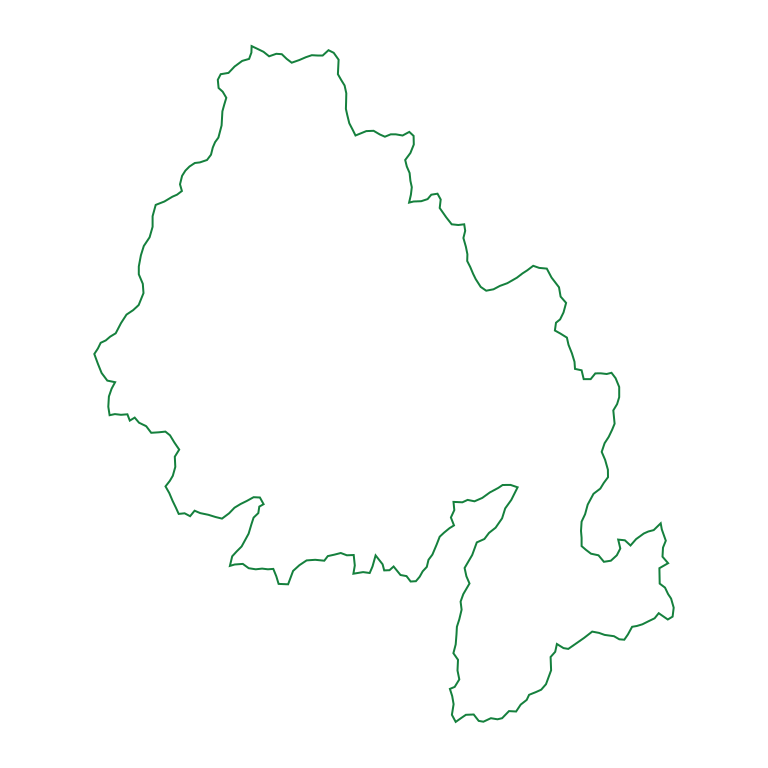 São Luiz do Paraitinga, São Paulo, Brazil
{"feature_id": "56859067B61119921989144", "entity_name": "São Luiz do Paraitinga", "entity_type": "district", "adm_level": 2, "iso_a3": "BRA", "parent_name": "Brazil", "parent_adm1": "São Paulo", "projection": "equal_earth", "projection_center": [-45.237, -23.241], "detail": "fine", "context": "isolated", "style": "outline", "palette": "green", "viewbox_px": 768, "rotation_deg": 0, "n_neighbors": 0, "source": "geoboundaries", "source_scale": "gbopen_adm2", "svg_char_len": 4510}
<svg xmlns="http://www.w3.org/2000/svg" viewBox="0 0 768 768"><path d="M546.8,268.6L539.2,267.9L533.2,265.8L527.3,270.3L522.5,273.4L516.9,277.7L507.3,283.2L499.9,285.9L493.5,289.3L486.2,290.7L480.7,286.9L475.7,279.1L473.1,273.8L470.2,266.9L467.2,261.0L467.4,254.3L465.9,246.8L463.4,238.0L465.2,230.8L464.2,224.3L458.3,225.0L451.7,224.3L446.2,217.3L439.7,208.0L440.7,199.5L437.5,193.7L431.3,194.7L427.6,199.1L421.2,201.2L413.6,201.5L409.1,202.6L410.9,194.7L411.8,187.2L410.4,180.8L409.6,173.0L406.8,166.5L405.2,160.0L410.4,153.0L413.8,144.5L413.6,135.9L409.3,131.9L402.6,135.5L395.6,134.3L390.8,134.3L384.9,136.7L379.9,134.5L373.6,130.8L366.3,131.1L355.5,135.5L352.9,130.2L349.3,123.3L347.3,115.2L345.9,108.9L346.1,102.2L346.3,93.3L344.6,85.5L341.2,80.0L337.9,74.2L338.6,59.7L333.7,52.8L328.5,50.2L322.7,55.5L317.4,55.5L311.8,55.2L305.9,57.2L299.4,60.0L291.7,62.7L286.7,58.9L281.8,54.2L276.3,53.8L269.1,56.3L263.5,51.8L256.7,48.5L251.6,46.1L251.4,52.6L249.1,58.9L242.2,60.9L234.6,66.5L228.5,72.9L220.7,74.2L217.8,79.8L218.6,88.0L222.7,91.7L226.3,97.8L224.2,104.8L222.4,111.3L221.6,125.4L218.4,137.6L215.1,142.1L212.8,147.5L211.0,154.7L207.0,160.0L199.9,162.4L194.8,163.0L189.5,166.5L185.4,170.6L182.1,175.8L180.0,184.3L181.9,191.0L177.0,194.7L172.4,196.7L164.4,201.5L155.7,204.9L152.6,216.2L152.6,226.8L149.6,237.3L143.8,246.0L140.9,255.3L138.8,266.5L138.8,274.3L142.8,283.8L143.5,293.1L138.7,305.0L133.2,310.1L126.5,314.6L121.0,323.1L115.7,333.3L110.1,336.7L105.8,340.4L100.7,342.8L97.9,348.5L94.3,354.0L97.9,363.8L101.6,373.0L107.3,380.6L115.1,382.2L111.6,388.7L108.9,396.5L108.3,406.7L109.6,415.2L114.9,414.1L121.0,414.8L127.4,414.3L129.8,420.6L134.7,417.6L139.0,422.7L146.2,426.2L151.2,432.8L158.8,432.3L165.4,431.6L170.0,435.3L174.3,442.4L179.2,449.6L174.8,456.7L175.3,466.9L172.8,475.8L169.8,480.9L165.5,486.4L169.3,493.1L172.6,500.9L175.9,507.7L178.7,513.9L184.6,513.3L190.1,516.2L194.6,510.7L200.2,513.1L208.4,514.8L215.5,517.0L222.0,518.6L229.1,513.3L234.5,507.7L240.6,504.0L246.9,500.9L253.6,497.2L259.9,497.5L263.6,504.2L259.3,506.6L258.3,513.1L253.6,517.6L251.5,524.0L248.6,533.7L241.6,546.5L236.6,551.5L232.2,556.3L229.9,565.9L234.7,564.5L242.8,563.9L248.7,568.2L255.7,569.3L262.1,568.6L267.9,569.3L273.3,568.9L276.3,576.3L278.6,583.9L288.1,584.3L293.1,570.9L299.4,565.2L306.6,560.4L315.2,559.8L324.3,560.7L327.8,556.1L334.6,554.6L340.8,553.0L346.9,555.3L353.7,555.0L354.8,565.5L353.4,573.7L363.1,572.1L369.7,573.0L372.5,566.5L375.6,555.4L382.6,564.3L384.2,570.4L389.5,570.2L393.6,566.5L400.5,575.0L406.5,576.1L410.6,581.5L415.9,581.2L419.7,576.7L422.7,571.3L426.8,566.9L428.5,559.8L432.4,554.6L436.7,544.4L439.7,536.7L444.1,532.6L449.6,528.1L454.0,525.4L450.9,517.5L454.3,510.1L453.5,501.9L462.4,502.3L467.6,499.9L474.5,501.3L482.3,497.9L489.9,492.4L498.3,487.9L502.6,485.0L510.5,484.9L517.6,487.3L511.3,499.9L505.2,508.4L502.1,518.3L495.6,527.7L489.0,532.9L484.4,539.0L476.8,542.4L472.2,555.0L464.6,568.0L466.4,576.3L469.5,583.5L463.3,594.1L460.6,601.6L461.6,609.7L459.3,619.3L456.9,626.8L456.5,634.2L455.7,644.4L453.4,653.2L458.0,659.8L457.5,670.5L459.3,679.4L454.7,686.9L449.9,688.9L452.2,696.1L453.6,704.2L451.9,714.8L455.7,721.9L461.5,717.8L465.9,714.8L473.7,714.5L478.7,720.9L483.4,721.7L490.9,718.2L497.5,719.3L502.1,718.2L509.0,711.1L516.1,711.5L520.7,704.6L526.7,699.9L529.1,694.8L536.1,692.0L541.2,689.7L546.0,684.2L551.1,670.3L550.6,657.0L555.2,651.8L556.9,644.0L563.5,648.1L568.3,648.9L574.2,644.8L584.1,637.9L592.2,631.6L599.0,632.9L604.6,634.9L614.0,636.2L619.3,639.3L624.3,639.7L627.9,634.5L632.1,626.8L636.8,626.0L642.4,624.3L648.6,621.2L654.6,618.3L658.7,613.2L667.8,619.5L672.6,616.6L673.7,607.7L671.1,598.6L668.1,594.1L665.0,587.6L659.7,583.6L659.4,568.2L668.1,563.2L662.5,556.7L663.0,547.6L665.8,540.7L661.8,529.4L660.7,523.3L653.7,530.1L648.3,531.5L643.8,533.5L636.1,539.1L630.5,545.5L624.9,540.3L618.2,539.6L620.3,548.5L616.8,555.3L610.9,560.7L603.9,561.8L598.5,555.3L591.0,553.7L585.9,549.8L581.6,546.1L581.6,537.9L581.0,530.9L581.6,521.6L585.1,514.2L587.7,504.6L593.5,493.8L600.3,488.6L603.8,482.9L608.0,477.2L607.9,469.7L605.1,459.8L601.7,451.9L604.6,443.2L608.7,436.9L612.1,429.8L614.6,423.7L613.3,410.4L617.1,404.1L619.2,397.2L619.2,387.0L615.6,378.2L611.5,372.8L606.7,374.0L600.6,373.3L595.3,373.4L590.7,379.1L583.7,379.1L581.6,370.3L575.0,368.9L574.5,361.8L571.9,353.3L568.5,344.8L566.9,337.6L560.3,333.5L554.9,330.5L556.0,322.7L560.1,319.4L563.5,312.5L566.1,302.9L560.6,296.6L559.0,287.3L551.5,277.5L546.8,268.6Z" fill="none" stroke="#15803d" stroke-width="2"/></svg>